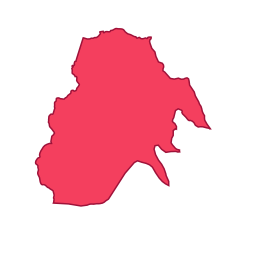 map outline of Ruvuma (Natural Earth projection), rotated 107°
{"feature_id": "TZA-3389", "entity_name": "Ruvuma", "entity_type": "Region", "adm_level": 1, "iso_a3": "TZA", "parent_name": "United Republic of Tanzania", "parent_adm1": "", "projection": "natural_earth1", "projection_center": [36.042, -10.46], "detail": "fine", "context": "isolated", "style": "filled", "palette": "rose", "viewbox_px": 256, "rotation_deg": 107, "n_neighbors": 0, "source": "natural_earth", "source_scale": "10m", "svg_char_len": 4076}
<svg xmlns="http://www.w3.org/2000/svg" viewBox="0 0 256 256"><g transform="rotate(107 128 128)"><path d="M35.9,135.6L35.4,135.3L35.0,134.6L34.7,133.8L34.4,132.9L34.4,132.4L34.5,132.4L35.8,132.1L36.5,132.3L37.1,132.8L38.8,132.7L40.3,131.9L44.9,128.5L47.4,124.5L51.3,122.3L55.9,118.2L56.1,114.1L57.4,112.5L59.2,111.7L61.2,111.8L63.1,111.3L63.8,109.2L68.2,102.0L67.7,98.0L65.6,94.4L65.8,91.4L65.0,89.2L63.8,87.9L62.8,86.2L63.3,84.5L65.1,83.4L69.0,81.6L74.2,75.2L77.6,73.0L82.3,68.1L84.3,66.6L85.9,64.6L87.9,63.2L90.4,61.8L92.3,60.2L93.9,58.4L96.1,57.8L98.1,56.9L101.3,53.5L104.7,49.0L104.9,49.6L104.6,50.2L104.6,51.2L104.8,52.5L105.0,56.9L105.6,59.1L106.5,61.2L105.7,64.3L103.5,66.6L102.7,68.5L102.5,70.4L103.0,71.7L102.6,73.1L100.8,75.7L98.5,80.0L97.4,81.0L96.3,81.0L95.4,81.8L95.0,85.6L97.4,87.7L104.8,87.3L106.7,87.7L108.6,87.5L109.5,86.2L110.0,84.6L112.4,82.1L114.8,81.4L114.6,82.1L115.0,82.6L115.5,82.5L115.8,83.0L117.2,84.0L121.9,82.6L125.1,83.2L129.5,82.5L129.8,82.2L131.2,80.5L133.6,76.7L134.1,75.1L134.0,72.3L135.1,72.0L135.7,71.6L136.4,73.4L136.4,75.4L138.0,80.1L140.2,84.7L138.5,89.7L135.6,94.0L137.0,97.0L140.6,96.9L145.5,93.8L149.8,89.5L152.9,85.2L156.4,81.6L160.7,78.5L162.4,77.6L167.1,73.5L171.1,72.2L170.4,75.9L169.1,79.5L166.8,83.4L162.7,88.5L158.3,93.2L156.9,96.6L156.5,100.3L156.7,104.9L156.6,109.3L159.2,111.9L172.1,117.6L201.7,125.9L204.2,128.0L205.8,129.0L207.2,130.4L208.6,132.9L209.1,134.3L209.5,135.7L210.8,138.5L211.6,141.4L212.5,143.0L213.7,144.5L216.3,150.2L218.0,162.8L221.6,177.4L220.4,177.4L217.4,178.0L216.9,178.6L216.4,178.8L214.3,178.9L213.4,179.2L210.0,181.3L209.7,181.9L209.5,182.8L208.7,185.6L208.2,186.4L208.3,187.5L207.0,190.1L206.7,191.5L206.9,192.3L207.2,193.1L207.3,193.8L206.9,194.7L206.2,195.4L205.1,196.2L201.2,198.2L198.9,200.4L197.9,201.0L196.7,201.3L195.0,201.3L193.9,201.5L191.9,202.7L190.8,203.0L190.2,203.3L189.8,204.1L189.5,204.9L189.2,205.6L188.7,206.0L188.4,206.2L187.4,206.4L186.1,206.4L183.5,205.6L183.1,205.3L182.1,204.2L181.5,203.8L181.0,203.9L180.6,204.1L180.2,204.4L179.7,204.7L177.7,204.9L175.4,204.6L170.9,203.4L169.0,202.4L167.2,200.6L165.7,198.5L165.1,196.6L164.2,197.2L163.8,197.6L163.3,197.8L158.3,198.4L157.6,198.2L156.2,197.2L155.2,197.1L154.7,196.8L153.8,197.2L151.4,200.4L149.9,202.9L149.4,203.4L148.8,203.8L146.8,204.7L146.3,205.2L146.0,205.6L145.6,205.8L144.2,206.0L143.4,206.3L140.1,207.0L139.2,206.8L137.8,206.1L137.5,205.9L137.2,205.6L136.9,204.2L136.4,203.8L130.2,203.8L130.0,204.0L129.7,204.3L129.3,204.5L127.7,204.8L125.7,205.5L124.9,205.6L124.4,205.4L123.6,204.8L122.9,204.7L120.7,205.1L120.1,204.6L119.6,203.5L119.5,202.2L119.8,201.3L119.5,200.0L119.3,198.6L119.0,197.5L118.2,197.0L117.7,196.9L117.3,196.6L117.0,196.1L116.5,195.7L116.0,195.5L114.8,195.1L114.3,194.9L112.4,193.5L111.3,192.9L110.5,193.0L109.5,193.3L108.5,192.7L108.0,191.6L108.5,190.2L107.6,188.9L106.9,188.5L104.9,188.5L104.5,188.4L103.0,187.7L100.8,187.2L100.1,187.8L98.5,190.2L97.5,191.0L94.8,191.6L93.9,192.3L94.3,193.6L93.6,194.1L93.0,194.9L92.6,195.8L92.2,197.1L91.7,197.5L88.8,198.3L87.5,199.1L86.6,198.9L85.8,198.5L85.2,198.5L85.1,199.6L84.5,199.4L84.3,199.0L84.1,198.6L83.9,198.1L83.4,197.7L83.1,197.7L82.9,197.8L82.6,197.9L82.6,198.0L81.9,198.3L81.6,198.3L80.3,198.3L79.8,198.1L79.5,197.7L79.4,197.3L77.1,197.4L54.9,197.2L54.8,196.6L54.8,193.4L54.7,192.5L54.4,191.8L54.2,191.2L54.1,190.8L53.8,190.4L53.3,189.9L52.8,189.2L52.4,187.5L51.4,186.6L51.2,186.1L50.8,184.8L49.8,183.8L48.5,183.0L46.2,182.1L45.7,182.1L45.3,182.2L44.7,182.9L44.3,183.0L44.0,182.5L42.8,180.0L43.1,179.8L43.6,179.4L43.9,179.2L43.9,178.8L43.0,178.2L42.3,177.3L41.9,176.1L41.7,174.7L41.5,174.1L41.2,173.6L40.8,173.3L39.8,173.0L39.6,172.6L39.4,172.1L39.1,171.5L36.6,169.0L36.2,167.9L36.0,166.4L35.3,163.8L35.1,162.5L35.3,161.0L36.4,159.4L36.9,158.7L37.9,156.1L38.0,155.5L38.0,152.7L38.7,148.9L38.5,147.2L38.8,146.7L39.4,146.1L39.3,145.3L39.0,144.9L38.6,144.6L38.4,144.3L38.3,144.0L38.0,143.4L38.7,142.1L38.6,140.7L38.1,139.5L37.0,137.9L36.8,137.6L36.9,136.4L36.7,135.7L36.4,135.5L35.9,135.6Z" fill="#f43f5e" stroke="#9f1239" stroke-width="1.5"/></g></svg>